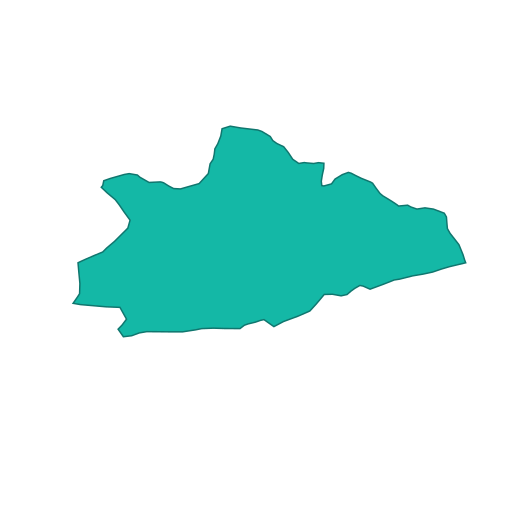 Pshdar, As-Sulaymaniyah, Iraq (Robinson projection), rotated 310°
{"feature_id": "34846034B40807866261239", "entity_name": "Pshdar", "entity_type": "district", "adm_level": 2, "iso_a3": "IRQ", "parent_name": "Iraq", "parent_adm1": "As-Sulaymaniyah", "projection": "robinson", "projection_center": [45.138, 36.265], "detail": "fine", "context": "isolated", "style": "filled", "palette": "teal", "viewbox_px": 512, "rotation_deg": 310, "n_neighbors": 0, "source": "geoboundaries", "source_scale": "gbopen_adm2", "svg_char_len": 1871}
<svg xmlns="http://www.w3.org/2000/svg" viewBox="0 0 512 512"><g transform="rotate(310 256 256)"><path d="M385.6,421.0L387.1,418.3L390.1,413.7L395.1,404.2L396.6,397.3L398.1,390.1L400.0,385.0L404.1,380.9L408.3,376.8L409.8,372.7L406.0,361.8L401.5,354.5L395.4,349.1L393.1,343.1L392.4,339.5L385.9,333.1L385.9,331.3L385.2,324.9L383.6,314.4L383.6,310.8L385.1,304.4L386.7,298.5L386.3,296.2L383.2,286.7L381.7,280.7L380.6,275.7L379.4,273.0L373.8,269.8L365.8,267.1L359.8,267.5L353.3,263.0L352.2,261.2L355.2,258.0L360.5,254.8L366.6,251.6L370.7,248.4L367.7,243.9L363.9,240.7L359.7,234.7L358.6,232.9L354.4,229.3L353.7,222.0L356.0,214.2L357.5,207.0L355.6,199.7L355.2,194.7L356.7,190.1L355.2,180.5L353.7,176.4L344.2,161.9L338.9,152.8L331.7,148.2L325.3,151.9L317.4,154.6L311.7,155.6L307.1,158.6L302.6,161.0L297.1,161.6L288.5,166.5L274.9,165.9L266.8,160.4L258.8,155.0L254.7,149.5L253.5,144.1L252.7,138.2L252.0,136.4L251.2,135.0L243.6,126.8L241.7,116.3L241.8,113.1L237.6,105.9L233.8,102.7L221.7,94.5L215.8,91.0L211.5,93.3L209.2,93.3L208.7,101.2L208.7,112.0L207.3,118.3L204.9,126.8L202.5,136.5L195.0,139.9L176.1,138.2L166.2,136.5L160.5,136.0L152.9,132.0L144.9,128.0L139.7,125.5L136.4,124.0L130.7,129.7L121.7,138.8L113.7,145.1L109.9,145.6L102.2,146.3L105.9,152.7L120.7,173.8L129.2,184.8L124.4,197.4L117.0,197.8L111.3,197.4L108.9,206.3L115.0,212.0L122.0,216.0L127.8,220.9L134.5,229.0L142.9,239.2L150.7,248.5L160.5,257.1L165.5,261.1L173.3,269.7L180.0,278.2L190.1,290.4L195.5,291.6L198.9,293.6L202.4,296.2L205.0,298.1L209.7,300.9L212.4,303.0L213.4,315.1L223.5,319.2L225.6,320.4L237.0,326.9L248.5,332.6L258.0,333.0L270.4,333.0L275.8,339.1L280.2,346.8L285.0,350.5L290.0,351.3L294.8,352.5L300.2,354.5L301.8,357.4L303.9,364.7L316.0,371.6L326.5,377.3L330.6,380.9L341.4,388.7L349.5,395.6L357.2,401.6L365.3,406.5L372.1,411.0L385.6,421.0Z" fill="#14b8a6" stroke="#0f766e" stroke-width="1.5"/></g></svg>